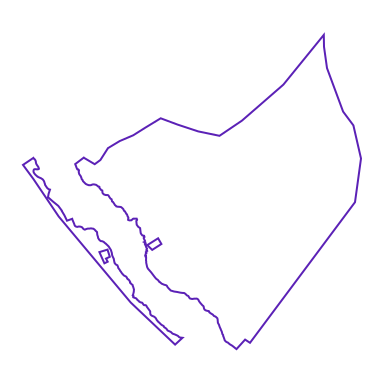 outline of Zemam Out, Al Bahr al Ahmar, Egypt
{"feature_id": "37247803B22410072002885", "entity_name": "Zemam Out", "entity_type": "district", "adm_level": 2, "iso_a3": "EGY", "parent_name": "Egypt", "parent_adm1": "Al Bahr al Ahmar", "projection": "orthographic", "projection_center": [31.757, 26.727], "detail": "fine", "context": "isolated", "style": "outline", "palette": "violet", "viewbox_px": 384, "rotation_deg": 0, "n_neighbors": 0, "source": "geoboundaries", "source_scale": "gbopen_adm2", "svg_char_len": 5902}
<svg xmlns="http://www.w3.org/2000/svg" viewBox="0 0 384 384"><path d="M147.1,266.9L147.9,268.6L151.2,272.4L154.6,276.9L156.1,278.7L158.0,280.1L159.2,281.7L159.3,281.6L161.7,283.7L162.5,284.0L163.8,284.6L166.2,285.3L166.8,285.7L167.5,287.0L167.7,287.3L169.1,288.9L169.3,289.0L170.7,290.5L174.0,291.5L177.3,292.0L180.1,292.6L182.2,292.9L184.1,293.0L185.1,293.6L185.4,293.9L185.7,294.1L186.5,295.0L186.8,295.3L188.3,296.0L189.3,297.7L190.0,298.5L192.1,299.0L192.9,298.9L193.2,298.8L193.6,298.8L194.1,298.7L195.7,298.7L196.4,298.6L197.0,298.7L198.2,299.5L199.1,301.3L200.2,302.8L202.4,305.3L203.3,306.0L203.6,306.4L203.6,306.6L203.8,307.3L203.8,307.6L204.0,308.4L204.5,309.5L205.5,310.3L207.4,310.9L208.4,311.0L208.8,311.1L209.1,311.4L209.3,311.9L209.3,312.3L209.5,312.4L210.0,312.8L210.5,313.2L212.8,314.6L213.9,315.9L215.0,316.4L215.4,316.5L215.9,316.9L217.3,318.2L217.6,319.3L217.9,322.8L219.0,324.8L219.6,326.7L220.3,328.3L220.5,328.6L220.9,329.8L221.2,330.4L221.8,331.7L222.4,334.1L223.1,335.0L223.2,336.1L223.4,336.4L224.5,339.5L224.7,340.3L225.9,341.6L226.7,342.1L227.9,342.6L229.7,344.2L232.2,345.7L234.5,347.5L235.3,348.2L236.5,349.1L245.1,339.6L250.0,342.8L355.0,202.2L361.0,158.5L353.4,125.4L343.1,111.6L327.0,68.1L324.0,46.7L323.8,34.9L283.4,84.6L242.0,120.6L219.5,135.8L198.2,131.4L177.6,124.6L160.7,118.3L145.1,127.8L133.2,135.3L119.8,141.0L108.0,148.1L100.4,160.0L94.7,164.2L84.1,157.9L83.8,157.6L75.2,164.1L75.7,165.4L75.8,165.5L76.5,167.6L77.3,169.3L77.5,169.5L78.0,169.3L78.6,169.7L78.9,170.3L79.0,170.9L78.8,171.2L78.7,171.9L79.1,173.6L79.3,174.2L80.3,175.6L80.7,176.1L80.9,176.7L81.1,177.0L81.2,177.5L81.3,177.6L81.8,179.3L82.5,179.9L83.0,181.2L85.7,183.9L87.1,184.6L88.8,185.2L90.7,185.2L91.6,184.9L92.1,184.6L93.1,184.4L94.0,184.4L96.0,184.8L97.3,185.7L98.0,186.4L98.8,186.5L99.4,186.9L99.3,187.6L101.0,189.8L101.3,190.1L102.0,190.3L102.3,190.5L102.4,191.5L102.4,192.0L102.5,192.8L102.9,193.5L104.2,194.6L104.8,194.7L105.5,195.0L106.3,195.1L107.1,195.0L108.1,195.2L108.6,195.7L109.4,197.1L110.5,198.6L111.6,199.3L112.0,201.2L112.4,201.7L112.9,201.9L114.1,203.6L114.9,205.0L115.9,205.8L116.3,206.4L117.6,206.7L120.2,206.9L121.1,207.1L121.5,207.4L122.6,208.4L123.0,208.8L123.4,209.3L123.9,210.5L124.4,211.1L124.9,211.3L126.5,214.1L127.0,214.4L127.7,216.6L128.1,217.0L128.4,217.9L128.4,218.1L128.1,219.0L128.1,219.7L128.2,220.0L129.6,220.4L131.3,220.3L131.7,220.0L132.9,218.9L133.3,218.7L136.7,218.7L137.1,219.8L136.8,220.4L136.3,221.0L136.7,224.7L138.2,226.8L140.1,228.1L140.7,233.0L141.2,234.0L142.3,235.4L144.1,235.8L144.4,236.7L143.9,236.8L144.0,237.5L143.7,237.9L143.7,238.2L144.0,238.8L144.4,239.8L144.6,240.0L144.8,240.4L145.0,240.8L144.6,241.5L144.6,241.8L144.3,242.0L145.1,242.3L145.0,242.6L144.7,242.6L144.9,242.8L145.7,243.3L145.7,243.7L145.3,243.8L144.9,244.1L146.0,246.5L146.3,247.6L147.0,248.5L146.4,249.9L147.0,250.3L147.2,250.9L146.5,251.3L146.4,252.8L145.9,252.6L145.9,253.4L145.5,254.5L145.8,255.1L146.0,255.4L146.0,255.7L145.3,255.8L145.5,256.7L146.1,257.2L146.1,257.6L146.1,258.7L146.0,260.4L146.2,261.2L146.2,262.2L146.2,262.7L147.1,266.9ZM161.4,244.0L152.2,249.9L147.3,245.1L158.1,238.3L161.4,244.0ZM182.5,337.8L180.0,337.5L179.6,337.3L179.0,337.0L178.2,336.1L177.2,335.5L175.0,334.5L172.5,333.6L170.9,332.0L167.6,330.5L166.6,329.0L166.1,328.5L165.2,327.8L164.8,327.6L164.2,327.2L163.6,326.0L162.1,325.2L161.1,324.5L160.0,323.4L158.8,322.2L158.3,321.9L157.9,321.3L157.3,320.7L156.5,319.6L156.1,318.7L155.4,317.7L154.0,316.6L153.5,316.4L151.8,315.7L150.9,315.0L150.5,314.5L150.2,313.0L150.2,311.5L149.9,310.9L149.2,310.0L146.7,306.6L146.4,305.8L145.9,305.3L145.2,305.1L144.9,305.1L144.3,305.2L143.7,304.9L143.4,304.5L142.3,302.9L141.7,302.5L141.1,302.5L140.4,302.3L139.2,301.6L139.2,301.4L138.3,300.7L138.1,300.4L137.4,299.9L136.8,299.2L136.7,298.9L136.2,298.4L134.1,297.6L133.3,297.3L133.1,297.0L133.2,296.7L133.5,296.1L132.7,295.4L133.2,294.3L133.5,292.9L133.7,292.3L133.7,291.9L133.8,291.6L133.9,290.1L134.0,289.6L133.1,286.6L132.8,286.0L132.7,285.1L131.9,284.4L131.4,284.1L130.8,283.3L130.0,282.7L130.0,282.3L130.1,281.9L129.7,281.3L129.5,280.7L128.3,279.3L127.9,279.3L127.6,279.0L127.2,278.6L126.8,277.4L125.8,276.4L124.7,275.9L123.7,275.3L123.5,275.1L123.0,274.4L122.4,273.9L121.3,272.4L120.8,271.5L120.2,270.9L119.5,269.5L119.0,269.0L118.6,268.3L118.2,267.9L118.1,267.1L117.4,265.3L116.6,264.9L116.0,264.6L115.2,263.8L115.1,263.5L114.6,263.0L114.2,261.2L113.7,258.5L113.3,257.9L112.3,255.7L112.0,254.4L111.9,253.7L111.9,253.2L110.9,250.0L109.4,247.6L108.7,246.5L106.9,244.7L106.4,244.3L105.9,243.7L105.4,243.4L104.4,242.6L104.1,242.2L103.3,241.7L102.1,241.2L101.5,241.1L100.9,241.1L100.2,240.7L98.9,239.4L98.8,239.0L98.3,238.3L98.1,237.9L98.0,237.0L97.3,234.8L97.2,234.1L97.1,232.7L96.9,231.9L95.7,230.9L95.3,230.3L94.8,229.9L94.5,229.5L93.3,228.7L92.3,228.6L91.6,228.5L91.4,228.4L90.6,228.4L89.4,228.6L87.8,228.6L86.0,229.1L85.6,229.4L84.9,229.6L84.6,229.6L84.0,229.3L83.5,229.0L82.7,228.1L82.2,227.4L81.6,227.1L80.7,226.7L78.9,226.5L77.2,226.9L75.8,226.5L75.0,225.9L74.6,225.2L74.2,223.9L72.5,219.9L72.2,218.8L67.0,220.7L64.4,215.3L61.7,210.8L61.8,210.6L58.3,205.9L52.9,201.5L48.0,197.2L48.6,193.8L50.0,189.6L48.6,189.2L47.1,187.9L45.1,184.9L44.9,183.8L44.6,183.1L44.2,181.7L44.0,181.2L43.6,180.6L43.0,179.7L42.5,179.2L42.2,179.0L41.6,178.7L41.3,178.4L38.6,177.2L37.9,176.9L37.6,176.5L37.2,176.4L36.5,175.7L36.1,175.4L35.0,174.3L34.5,173.6L33.8,172.6L33.6,172.0L33.5,171.4L33.5,170.9L33.7,170.0L34.0,169.5L34.3,169.3L34.8,169.2L35.6,169.2L36.7,169.3L37.1,169.4L38.0,169.2L38.4,169.2L38.8,169.0L38.9,168.7L38.4,167.1L38.0,166.6L37.8,166.2L37.2,165.4L36.4,164.1L36.2,163.6L35.9,162.5L35.8,161.4L35.4,160.3L34.8,159.4L34.3,158.9L33.8,158.7L33.4,157.9L23.0,164.9L33.4,179.0L58.7,216.5L130.7,302.5L175.1,344.6L182.5,337.8ZM107.7,261.7L104.4,263.3L99.4,252.1L107.5,249.6L109.8,256.8L106.0,258.6L107.7,261.7Z" fill="none" stroke="#5b21b6" stroke-width="2"/></svg>